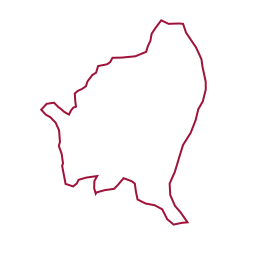 Oskarshamn, Kalmar, Sweden (Albers equal-area conic projection), rotated 352°
{"feature_id": "70781695B81120519064145", "entity_name": "Oskarshamn", "entity_type": "district", "adm_level": 2, "iso_a3": "SWE", "parent_name": "Sweden", "parent_adm1": "Kalmar", "projection": "albers", "projection_center": [16.317, 57.382], "detail": "fine", "context": "isolated", "style": "outline", "palette": "rose", "viewbox_px": 256, "rotation_deg": 352, "n_neighbors": 0, "source": "geoboundaries", "source_scale": "gbopen_adm2", "svg_char_len": 1161}
<svg xmlns="http://www.w3.org/2000/svg" viewBox="0 0 256 256"><g transform="rotate(352 128 128)"><path d="M173.8,229.7L173.1,228.3L168.4,219.0L163.7,211.7L160.5,200.3L161.5,188.8L168.3,177.9L175.0,163.4L180.1,152.5L189.4,141.5L196.1,129.6L200.2,119.2L205.8,112.0L210.4,100.6L211.4,92.8L210.3,78.3L210.3,70.1L206.6,57.7L198.8,41.8L197.0,32.5L193.0,31.6L182.7,30.5L175.9,26.0L169.1,32.8L164.5,38.0L162.3,44.8L158.9,50.0L156.6,55.1L145.2,58.0L131.5,57.4L123.1,56.4L122.4,56.3L119.5,60.3L116.1,62.0L107.0,62.5L104.1,68.8L100.1,70.5L95.9,74.7L94.4,76.2L92.1,80.8L87.5,83.1L83.5,84.2L80.1,86.5L79.5,94.5L79.5,99.6L76.6,100.2L73.7,103.1L71.4,106.5L66.9,103.0L64.6,100.2L61.7,97.3L58.3,92.7L50.9,92.7L44.6,97.8L48.6,103.5L52.5,106.4L57.1,112.7L59.4,120.8L58.7,132.2L57.0,136.2L58.7,144.3L58.7,154.0L57.5,156.3L58.4,174.7L59.7,175.3L65.5,178.2L69.5,175.9L71.8,172.4L79.9,171.3L90.8,171.3L87.3,175.9L86.1,182.8L86.9,188.6L87.9,187.4L96.5,186.3L105.7,186.3L110.3,182.8L116.6,177.1L124.1,181.1L127.0,184.0L127.0,192.1L127.5,200.1L135.0,205.3L143.7,208.2L150.6,213.3L154.1,223.7L159.8,230.0L167.9,229.4L173.8,229.7Z" fill="none" stroke="#9f1239" stroke-width="2"/></g></svg>